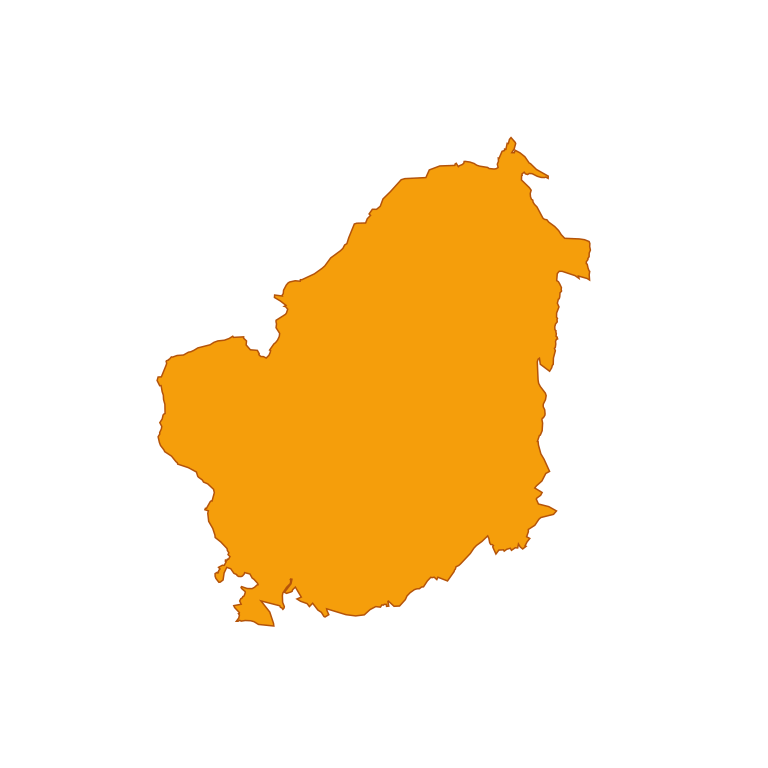 Runcu Salvei, Bistrita-Nasaud, Romania, rotated 204°
{"feature_id": "2599482B46893118391872", "entity_name": "Runcu Salvei", "entity_type": "district", "adm_level": 2, "iso_a3": "ROU", "parent_name": "Romania", "parent_adm1": "Bistrita-Nasaud", "projection": "robinson", "projection_center": [24.328, 47.36], "detail": "fine", "context": "isolated", "style": "filled", "palette": "amber", "viewbox_px": 768, "rotation_deg": 204, "n_neighbors": 0, "source": "geoboundaries", "source_scale": "gbopen_adm2", "svg_char_len": 6171}
<svg xmlns="http://www.w3.org/2000/svg" viewBox="0 0 768 768"><g transform="rotate(204 384 384)"><path d="M427.6,127.1L424.9,124.7L431.1,120.4L429.5,119.0L423.1,116.3L422.9,115.5L423.5,115.0L422.1,114.1L421.5,111.1L422.4,107.2L420.8,107.9L419.8,109.4L418.0,109.3L414.6,111.5L409.5,113.5L406.1,114.0L400.9,113.3L386.2,118.1L387.6,120.4L395.6,129.2L408.2,135.8L389.0,139.0L387.7,137.8L386.6,138.0L384.7,137.0L384.2,138.7L384.5,140.1L387.8,143.3L390.8,149.4L391.4,151.9L390.3,158.6L388.4,163.7L389.2,166.4L390.1,167.3L390.0,167.9L388.7,168.2L387.7,163.7L390.2,153.2L387.9,153.1L384.4,156.2L383.6,157.3L383.8,158.8L382.4,162.4L372.9,155.7L376.1,152.2L371.8,151.6L364.9,152.1L361.6,150.3L360.0,154.7L352.5,150.6L348.3,149.9L344.3,147.2L343.1,147.2L340.6,150.8L343.9,153.8L345.0,155.3L324.9,157.8L315.6,160.6L308.1,165.1L305.0,172.2L301.0,177.3L296.5,178.7L296.1,181.3L294.6,181.8L294.2,182.8L292.2,183.6L291.2,181.9L289.3,183.0L292.0,187.0L291.7,187.5L284.4,185.0L279.5,187.5L276.8,195.7L276.8,199.7L275.3,203.9L272.6,208.5L270.6,210.3L268.4,211.4L267.1,213.8L265.4,214.8L264.3,221.7L262.6,226.5L261.4,226.6L259.6,227.9L256.2,226.8L256.2,229.4L245.9,229.9L243.7,241.0L243.9,242.9L243.5,243.9L243.9,246.3L241.9,248.6L240.9,250.8L236.2,264.3L235.1,270.6L233.8,274.2L230.5,280.0L227.5,287.4L225.4,285.6L222.9,282.0L221.3,280.8L219.8,281.3L218.3,280.9L218.5,279.7L218.0,279.0L212.6,274.2L211.5,279.0L207.4,281.1L206.2,280.2L204.6,283.0L201.8,285.3L199.9,283.9L197.5,287.8L195.2,288.6L196.1,292.5L193.2,290.5L190.2,289.7L188.2,293.5L189.3,293.5L189.1,297.9L188.0,302.2L191.6,302.5L192.0,307.7L193.0,309.8L188.7,316.4L187.5,323.4L186.4,325.8L176.1,333.9L174.8,338.2L183.6,339.0L194.1,337.2L198.1,340.8L197.9,342.1L195.6,346.1L195.4,349.2L204.0,350.3L203.3,353.0L200.3,359.6L199.8,368.1L197.2,371.5L207.1,380.3L212.3,384.0L218.1,391.1L219.8,394.1L220.5,393.9L221.1,400.2L220.4,400.9L220.5,405.6L223.2,412.8L225.3,415.8L225.4,417.2L224.7,417.9L224.3,420.8L224.7,422.2L226.7,425.8L229.2,427.9L230.0,429.5L230.3,430.7L230.1,435.3L231.1,439.3L232.9,441.3L240.1,445.2L243.0,447.5L244.9,450.4L253.0,466.6L253.3,469.4L252.5,470.8L249.2,465.6L237.9,463.0L237.4,467.0L237.8,469.4L237.4,470.8L239.8,476.7L241.0,484.1L242.8,485.9L242.4,487.2L243.3,490.3L244.6,492.7L244.7,494.6L243.8,495.8L244.4,496.0L244.7,497.2L246.2,497.5L247.1,500.2L248.3,501.5L248.4,502.5L250.0,503.2L251.3,505.8L251.7,508.7L251.0,511.2L252.2,513.3L252.2,514.5L253.5,515.1L255.2,519.1L255.5,525.6L258.5,528.3L259.2,532.3L258.6,533.2L258.9,535.1L260.3,538.9L259.6,540.9L259.9,541.6L260.6,542.4L261.1,544.2L264.2,546.9L266.3,548.4L268.3,548.7L270.6,555.3L269.8,558.2L267.0,559.4L253.6,560.7L248.8,559.8L250.3,561.7L241.4,563.0L238.5,562.6L241.0,567.3L241.9,570.6L242.8,570.9L244.9,573.1L247.1,576.1L248.2,576.3L248.9,578.0L248.3,580.6L248.8,581.4L248.4,583.7L249.8,587.1L249.9,590.3L252.0,593.2L253.1,596.1L254.6,597.6L259.5,597.4L264.5,596.0L278.2,590.6L282.8,592.5L286.9,595.2L292.1,597.3L299.4,598.9L302.0,600.3L304.3,599.7L306.2,600.1L316.3,608.0L319.6,609.3L321.8,610.8L322.9,612.5L324.4,612.7L326.3,614.6L327.9,617.5L328.4,620.9L331.1,622.5L341.4,626.3L343.0,630.2L342.6,630.8L343.4,631.9L342.1,634.5L340.3,633.5L338.0,633.8L337.0,635.4L334.2,636.4L328.5,636.1L324.5,636.6L321.3,637.9L320.3,638.8L317.7,638.6L318.5,640.7L332.0,642.0L339.9,644.9L341.2,644.9L347.7,648.9L353.8,650.5L359.2,650.9L359.1,648.2L361.4,647.3L360.7,651.7L361.5,657.2L362.4,658.1L368.2,660.8L368.9,658.5L368.2,654.2L369.4,654.0L368.1,648.0L369.4,647.7L368.9,646.3L370.8,644.6L370.7,637.0L371.5,636.9L370.0,634.0L369.9,630.9L367.8,628.2L369.1,626.3L370.8,625.2L375.6,623.6L377.4,624.0L385.3,621.9L388.3,621.6L391.3,622.1L395.8,621.7L400.4,620.4L401.3,619.9L400.9,618.3L401.7,616.4L404.0,614.0L404.5,612.8L407.8,615.0L408.5,614.0L408.2,612.5L421.7,605.9L429.7,598.0L429.7,589.6L448.5,580.1L451.4,577.6L456.4,562.3L460.2,552.7L459.7,544.8L461.9,540.5L465.7,538.9L466.8,533.3L464.9,532.6L466.5,528.2L466.3,523.6L474.3,519.8L476.2,518.1L475.7,503.2L475.0,497.1L476.5,495.0L476.7,491.2L478.0,488.0L484.0,477.5L486.1,467.8L487.5,464.7L492.4,456.3L501.4,445.9L502.8,445.3L502.4,443.8L507.1,442.2L511.6,438.9L512.7,437.4L513.5,434.7L513.9,428.8L512.8,425.6L513.2,423.5L512.7,423.0L520.1,420.8L519.3,418.5L512.5,417.7L505.5,416.0L506.7,414.4L505.4,414.6L502.4,413.2L502.0,409.0L502.4,407.5L508.5,398.3L508.0,397.0L506.6,395.1L505.5,391.5L499.9,387.8L499.0,384.9L499.1,380.8L499.9,377.7L500.9,375.8L502.3,368.5L501.2,368.5L500.8,366.4L500.8,363.4L502.2,359.8L505.2,360.0L507.8,359.0L510.2,359.9L510.3,360.9L513.4,363.2L520.0,360.9L525.8,363.6L527.1,367.4L530.8,368.7L531.4,370.0L540.4,365.4L541.6,366.1L544.0,362.6L547.6,359.1L553.3,355.8L556.3,352.9L558.8,349.1L568.7,341.3L571.4,337.4L573.6,334.9L575.6,333.5L579.0,328.9L584.6,325.9L588.0,322.7L589.3,322.2L590.0,319.7L590.8,318.6L590.6,318.2L592.2,316.7L592.2,316.0L591.0,314.6L590.7,312.8L590.3,300.0L593.2,298.5L592.7,294.9L588.2,291.2L587.0,291.9L583.5,286.7L581.1,284.1L579.1,280.2L575.9,276.3L572.0,268.0L572.8,267.1L573.2,265.8L572.4,261.8L573.1,257.5L569.8,254.9L569.1,252.4L569.2,248.4L568.5,247.1L568.9,243.9L565.3,239.1L563.1,236.9L558.3,234.3L556.8,233.0L548.8,231.7L542.4,228.4L540.9,228.1L539.9,226.9L528.7,228.0L519.6,227.3L516.7,224.0L515.6,223.4L510.9,222.4L509.0,221.0L504.5,221.1L496.9,218.5L494.8,215.7L493.5,207.2L494.3,207.0L494.9,205.8L495.6,198.3L496.6,197.8L496.5,196.3L492.9,196.7L492.4,194.2L488.3,187.2L481.7,182.4L477.0,177.2L475.8,175.1L468.8,173.3L460.4,169.8L459.4,168.2L457.1,166.7L457.1,164.7L454.5,163.7L454.8,160.7L455.8,160.3L455.7,159.2L457.2,158.7L456.8,157.5L455.9,157.4L456.2,153.3L457.9,152.7L460.6,149.2L458.6,148.3L459.1,146.5L458.7,144.0L459.1,143.7L459.8,144.1L461.2,142.1L460.1,139.7L458.5,138.0L454.2,135.7L453.0,136.4L451.3,139.5L453.2,146.3L453.1,152.5L448.9,152.9L444.1,150.0L441.0,150.0L440.4,149.3L438.7,149.0L436.3,149.9L435.2,151.0L434.4,153.7L434.6,155.0L429.2,155.9L425.5,153.1L423.4,152.7L418.4,150.5L417.4,149.4L418.3,148.7L419.6,145.6L421.3,143.4L425.9,141.5L431.7,141.0L431.9,140.1L431.0,139.3L426.4,137.9L425.9,137.0L425.6,133.5L426.5,132.4L426.5,131.1L427.5,129.6L427.6,127.1Z" fill="#f59e0b" stroke="#b45309" stroke-width="1.5"/></g></svg>